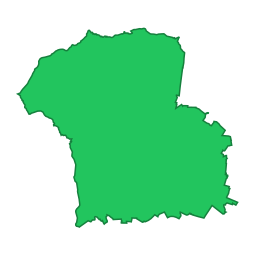 Guadalajara, Jalisco, Mexico, rotated 271°
{"feature_id": "50627088B82139506900234", "entity_name": "Guadalajara", "entity_type": "district", "adm_level": 2, "iso_a3": "MEX", "parent_name": "Mexico", "parent_adm1": "Jalisco", "projection": "albers", "projection_center": [-103.334, 20.678], "detail": "fine", "context": "isolated", "style": "filled", "palette": "green", "viewbox_px": 256, "rotation_deg": 271, "n_neighbors": 0, "source": "geoboundaries", "source_scale": "gbopen_adm2", "svg_char_len": 5757}
<svg xmlns="http://www.w3.org/2000/svg" viewBox="0 0 256 256"><g transform="rotate(271 128 128)"><path d="M193.2,37.6L191.1,37.7L189.3,37.4L187.6,36.5L186.6,35.6L185.7,34.2L185.1,33.7L183.7,33.6L182.3,32.7L180.7,31.8L178.9,31.2L172.8,27.8L171.0,27.1L169.6,26.1L164.9,22.0L163.2,20.8L161.1,19.6L160.1,17.1L158.5,19.8L157.1,19.9L156.6,20.1L154.5,21.6L153.9,21.5L153.5,21.9L153.5,22.6L153.0,22.8L152.4,22.6L151.8,22.9L150.4,23.7L150.0,24.0L149.8,24.3L149.3,24.6L148.9,24.7L147.6,24.4L146.6,24.5L146.3,24.8L146.1,25.4L145.5,26.0L144.6,26.1L142.9,27.3L140.1,28.8L140.1,29.2L140.5,29.9L140.3,30.3L141.2,31.2L141.4,32.2L143.3,37.4L143.5,40.5L142.4,42.7L139.7,44.2L138.3,45.6L137.6,47.6L136.7,49.0L136.1,51.1L135.4,52.1L134.8,52.7L132.4,53.3L131.4,54.4L130.5,54.2L130.2,53.6L129.4,53.6L128.9,53.9L129.3,54.6L128.8,56.1L128.3,57.2L127.1,58.6L126.6,58.5L126.2,58.5L124.9,59.0L123.4,59.8L122.7,59.7L122.2,60.0L121.9,60.5L119.6,61.3L120.1,61.8L120.2,62.3L120.1,62.7L119.6,63.0L119.4,63.5L119.6,63.7L119.6,65.8L118.3,66.7L117.1,67.1L116.8,68.6L115.9,69.7L116.1,71.9L113.6,70.8L113.5,71.7L112.7,71.3L112.0,70.7L111.6,69.9L111.2,69.8L110.0,70.5L107.4,70.6L103.1,72.8L99.8,72.4L98.7,72.5L95.8,74.6L90.5,76.4L89.7,76.4L79.4,75.6L78.5,75.0L78.0,74.8L77.4,74.9L76.0,75.4L73.9,76.0L72.8,77.3L72.0,77.7L65.4,78.8L63.6,78.7L62.5,78.9L56.0,80.4L50.8,81.1L49.9,81.1L48.7,80.5L46.2,78.2L44.8,77.4L43.8,77.2L42.5,77.4L37.2,79.0L33.2,78.4L32.6,78.3L31.3,77.5L30.8,77.4L29.8,77.5L29.3,77.9L28.9,78.3L28.5,80.5L28.1,81.0L34.6,89.8L34.1,90.7L33.6,92.5L35.4,94.0L35.5,96.3L35.8,96.5L36.6,96.6L37.4,96.3L37.9,96.2L38.5,96.4L38.7,96.5L38.8,96.8L38.4,98.6L35.9,100.9L36.3,101.6L34.5,102.8L34.4,103.5L34.9,104.1L32.5,105.2L31.5,105.9L32.4,106.8L32.7,107.3L33.1,107.5L33.2,108.3L33.7,108.8L34.6,108.9L36.9,107.8L38.5,107.6L38.9,107.6L40.1,108.9L40.7,108.7L40.1,110.2L40.1,110.6L38.9,111.9L37.1,114.4L36.2,114.8L36.8,122.8L35.9,122.9L35.5,123.3L33.7,123.5L33.7,122.9L32.9,123.0L32.9,128.4L34.6,128.1L34.4,131.9L34.2,132.9L36.5,133.4L38.1,133.5L38.0,136.2L38.1,138.2L37.5,138.2L34.1,144.0L34.2,144.8L34.8,145.0L35.1,145.7L35.0,146.2L34.5,146.6L35.0,147.9L36.0,150.0L37.8,152.5L40.5,155.2L41.7,156.2L39.8,159.4L40.9,159.7L42.4,160.9L44.6,165.9L39.0,169.1L40.2,171.5L40.4,173.3L40.3,175.2L39.6,177.7L38.2,180.6L40.9,182.3L41.6,182.4L42.5,182.2L43.6,181.6L44.8,181.7L44.2,183.1L42.1,187.8L42.0,188.3L42.1,188.9L42.4,189.6L43.1,190.7L43.8,191.1L43.7,191.9L43.5,192.5L42.9,192.3L42.4,194.3L42.2,194.2L40.6,199.9L39.3,205.5L41.7,206.9L52.0,213.4L43.7,224.4L43.9,224.9L43.7,225.4L45.1,226.6L45.6,227.4L46.1,226.2L48.2,226.5L51.6,225.1L52.8,225.1L52.8,226.7L53.5,226.7L54.8,228.3L53.3,233.5L54.4,233.9L53.9,234.2L54.3,234.4L52.8,237.2L55.6,238.9L60.1,227.8L60.5,227.8L64.7,229.8L65.3,229.8L67.4,230.2L69.3,230.9L69.8,229.7L71.2,230.2L72.5,225.3L78.7,227.0L79.4,227.4L79.4,227.7L81.6,228.6L81.7,227.6L82.6,228.1L83.1,226.3L83.6,226.7L84.1,226.7L84.1,227.0L84.5,227.0L84.5,226.3L85.4,226.3L88.1,226.6L94.3,227.0L94.4,226.6L97.6,226.8L97.9,226.6L99.4,227.6L99.6,227.1L100.2,227.0L102.2,226.9L102.2,226.4L101.0,223.9L102.2,224.0L102.9,223.8L102.8,223.6L103.3,223.3L104.4,221.7L106.8,223.1L107.4,223.2L106.8,224.4L107.0,225.1L108.0,225.8L111.9,228.3L112.0,229.7L112.3,230.4L112.6,232.0L117.9,231.0L117.8,231.3L121.1,230.5L121.7,228.7L122.1,222.2L127.4,225.2L132.1,219.9L133.3,219.2L134.2,218.3L135.2,216.9L135.7,216.6L136.1,213.9L134.9,213.6L132.4,211.7L131.8,211.5L132.1,210.0L132.8,209.7L133.5,209.0L134.0,207.9L134.2,206.8L136.8,202.8L139.8,204.9L141.7,205.2L143.0,205.1L143.5,205.9L144.0,206.9L144.1,207.9L144.6,208.0L144.7,207.3L144.4,206.4L143.5,204.8L144.0,204.0L146.1,201.1L148.1,198.8L149.4,195.6L149.8,195.6L149.8,187.3L151.3,187.4L151.3,182.8L150.7,182.3L152.4,181.2L148.5,175.5L152.5,176.4L152.7,175.8L154.1,176.3L154.5,174.9L159.3,176.7L161.1,175.8L161.7,175.9L161.1,178.6L170.1,179.4L188.8,181.5L189.3,181.5L189.2,181.9L190.5,182.0L194.1,182.6L199.1,182.8L204.2,183.3L204.7,182.9L205.3,181.9L206.1,181.1L206.8,180.7L208.2,179.3L208.7,179.1L210.4,179.0L211.6,178.7L212.9,177.3L214.2,176.9L215.2,176.0L215.5,175.9L219.1,177.3L219.5,177.5L219.7,177.2L219.0,175.5L218.0,174.0L218.3,172.9L219.0,173.0L219.1,172.6L218.7,172.3L218.8,171.6L219.3,171.0L220.5,165.2L222.7,162.5L222.8,162.1L222.7,160.3L222.4,156.9L221.8,155.1L222.3,152.2L222.4,149.1L222.6,148.5L225.3,144.6L227.0,143.9L227.4,143.6L227.9,142.4L227.8,141.5L227.3,139.9L227.5,137.8L226.6,134.0L226.5,132.1L225.0,129.1L223.3,130.6L222.9,130.6L222.1,128.8L222.0,128.2L222.1,127.7L222.7,126.9L222.3,126.5L223.0,125.6L223.0,125.0L222.6,124.4L222.8,123.9L222.8,123.4L223.7,123.2L224.1,122.8L224.1,122.5L223.5,122.3L222.5,122.2L221.9,120.6L222.0,120.4L222.0,119.8L220.7,116.4L220.6,113.7L220.1,112.8L219.4,112.3L218.8,111.6L218.3,110.7L218.2,110.1L218.4,109.2L218.7,108.3L218.6,104.6L219.2,105.0L219.4,103.6L219.3,102.8L218.4,101.9L218.4,100.8L219.1,100.4L219.2,100.1L219.2,99.8L218.8,99.4L218.9,98.9L219.3,98.5L219.9,98.2L220.4,97.3L220.7,96.0L220.5,95.3L220.6,95.1L221.3,94.9L221.4,94.7L221.1,94.2L221.4,93.9L221.5,93.7L221.0,93.1L221.2,92.6L221.6,92.4L221.8,92.1L221.4,91.5L221.4,91.3L222.2,91.1L222.9,90.7L222.6,89.9L222.7,89.3L223.7,89.0L224.2,88.2L224.9,87.8L225.0,87.3L224.7,86.6L222.6,85.8L221.9,85.5L221.4,85.0L219.4,85.0L218.8,84.5L217.9,83.4L216.0,81.8L215.6,81.1L215.1,80.7L214.0,79.2L213.2,79.3L212.3,78.3L211.9,77.6L211.9,77.1L211.4,76.2L210.6,75.7L210.0,74.7L209.6,72.6L210.3,71.3L209.7,70.3L208.2,69.7L207.4,68.4L205.5,66.9L204.7,66.3L204.3,65.7L204.2,65.2L204.4,64.8L204.4,63.9L205.1,62.9L205.5,61.9L205.6,60.9L205.4,58.7L204.8,56.6L204.1,55.5L203.7,54.5L201.5,52.2L200.8,50.9L200.6,50.4L199.9,50.1L199.0,49.2L197.4,43.9L196.8,40.9L196.3,39.8L195.5,38.8L193.2,37.6Z" fill="#22c55e" stroke="#15803d" stroke-width="1.5"/></g></svg>